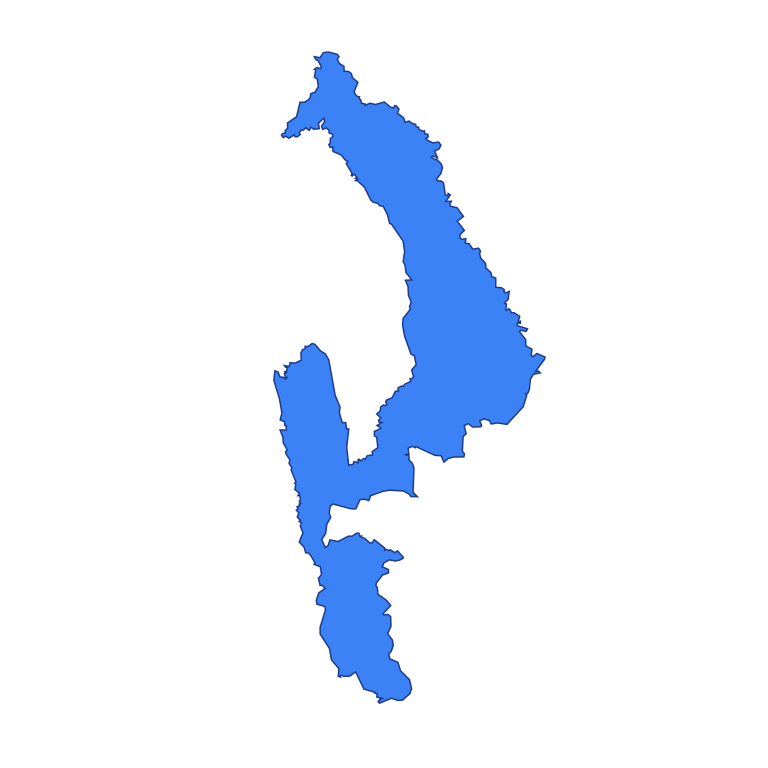 the district of Tlaltetela, Veracruz, Mexico, rotated 102°
{"feature_id": "50627088B55726085156575", "entity_name": "Tlaltetela", "entity_type": "district", "adm_level": 2, "iso_a3": "MEX", "parent_name": "Mexico", "parent_adm1": "Veracruz", "projection": "natural_earth1", "projection_center": [-96.832, 19.284], "detail": "fine", "context": "isolated", "style": "filled", "palette": "blue", "viewbox_px": 768, "rotation_deg": 102, "n_neighbors": 0, "source": "geoboundaries", "source_scale": "gbopen_adm2", "svg_char_len": 6147}
<svg xmlns="http://www.w3.org/2000/svg" viewBox="0 0 768 768"><g transform="rotate(102 384 384)"><path d="M73.1,496.1L71.3,498.1L70.8,507.3L72.4,512.1L78.1,514.4L78.3,520.2L80.8,518.2L81.5,515.5L86.8,511.3L88.7,511.5L88.5,515.7L90.7,517.5L90.8,516.1L98.2,515.9L99.7,512.6L106.7,510.1L112.8,512.1L115.4,516.1L119.6,515.7L122.3,517.6L124.9,520.4L125.9,524.7L140.8,525.1L148.7,532.7L154.0,531.4L156.6,533.4L158.7,532.6L160.3,535.4L162.3,535.9L163.9,533.7L162.0,531.7L163.3,528.1L158.9,523.6L160.6,522.6L160.3,520.3L157.4,517.8L155.7,519.1L152.8,517.6L152.5,515.7L149.7,514.0L151.5,509.9L148.0,508.8L149.4,505.7L147.7,500.4L142.6,502.4L136.4,498.0L139.2,496.6L145.0,498.7L147.7,496.8L145.5,493.9L147.0,490.8L150.0,489.7L150.3,486.3L152.5,485.5L155.3,487.5L160.2,486.6L161.1,487.8L163.8,485.9L162.9,483.4L167.2,482.2L168.9,473.3L172.8,468.8L173.9,465.6L176.2,466.8L184.6,459.0L186.8,459.3L187.2,458.4L185.0,456.7L187.3,453.6L188.8,454.7L189.0,452.1L190.9,454.0L190.7,452.2L195.6,444.0L206.9,435.1L208.3,432.4L208.7,427.6L210.5,425.1L210.3,421.8L217.2,416.1L225.9,411.8L226.0,410.0L240.3,395.0L250.4,391.3L260.3,390.7L263.4,388.2L270.4,385.7L276.4,378.5L278.1,384.6L283.7,380.7L292.3,378.5L298.0,374.5L303.4,375.0L305.3,373.8L315.9,378.9L322.1,378.2L332.7,373.9L349.2,363.8L349.9,360.3L358.5,356.5L364.5,359.9L370.5,356.7L372.9,357.7L373.5,359.6L376.0,358.4L379.9,363.7L382.3,364.5L382.2,366.2L385.0,369.6L387.9,368.4L388.7,371.4L395.7,373.1L399.1,378.1L401.3,378.7L403.3,376.8L404.7,377.8L404.7,380.3L407.3,382.5L411.1,382.1L414.9,384.9L417.8,380.0L420.2,381.6L422.2,381.2L422.2,378.1L426.0,382.2L427.6,378.1L428.4,378.3L432.4,383.6L436.8,382.5L437.5,380.1L447.6,376.8L452.6,381.5L455.8,380.5L457.7,385.6L461.6,386.7L461.1,388.5L464.0,390.5L462.8,392.6L463.9,392.6L463.7,393.6L466.4,393.0L466.1,397.2L469.0,397.6L470.7,401.7L453.3,407.4L435.3,409.1L435.8,411.3L429.7,413.4L430.5,416.8L421.2,421.8L415.8,422.1L405.3,429.4L371.9,443.0L366.6,447.8L365.0,452.7L359.6,459.8L359.3,462.7L363.3,466.2L363.4,468.9L366.0,468.7L367.4,470.8L371.0,471.7L377.9,469.9L382.2,475.5L382.6,480.2L386.5,480.4L386.6,485.3L388.2,483.5L387.8,481.7L392.1,482.2L392.7,484.2L392.9,481.9L394.5,483.6L397.9,481.9L397.7,480.3L399.6,481.3L398.3,484.5L398.9,487.0L394.3,490.2L393.8,493.5L403.4,492.5L420.1,483.2L433.7,477.8L440.7,478.1L441.6,473.4L445.2,472.4L445.5,470.8L449.4,470.1L450.6,476.1L457.0,471.8L462.5,470.3L468.8,464.8L470.6,466.2L472.9,465.2L477.8,460.2L481.4,460.4L485.2,456.6L487.2,457.1L498.1,449.8L499.8,450.8L500.4,449.4L505.8,449.2L508.5,443.9L511.1,445.0L510.6,443.1L514.5,441.7L516.4,442.5L518.4,440.4L519.0,442.0L520.9,441.4L522.0,443.5L523.8,442.3L525.7,443.5L527.8,440.3L532.1,441.2L534.8,437.4L536.2,438.4L537.3,435.7L540.3,436.4L546.4,432.3L556.2,434.1L560.1,428.3L565.4,425.5L565.0,422.8L566.8,420.2L573.3,414.2L574.9,415.0L576.0,408.3L583.3,405.5L587.7,407.8L594.4,404.6L593.7,403.1L596.0,399.0L601.9,404.4L609.9,405.2L613.4,403.8L613.7,397.0L614.3,395.4L617.3,394.3L635.1,395.9L642.0,394.4L654.0,382.4L664.7,378.0L671.9,368.9L679.5,368.0L679.7,365.5L678.4,366.2L677.6,364.7L678.4,362.7L676.9,356.9L671.5,351.9L686.6,340.2L687.4,328.9L688.3,329.0L688.3,326.2L691.6,326.1L692.0,320.4L693.4,322.7L695.7,322.7L695.2,324.2L697.2,322.1L689.9,311.5L690.6,304.4L689.3,300.1L681.3,294.2L676.0,293.8L667.9,297.6L661.1,308.2L653.4,312.5L651.6,321.2L647.2,323.2L643.7,321.3L637.7,320.6L632.7,322.5L627.5,328.5L619.4,326.8L610.0,329.2L608.6,332.5L609.9,335.9L608.9,337.2L599.3,331.4L595.2,336.3L590.9,346.2L584.2,348.3L583.1,350.0L580.3,350.1L571.2,345.8L567.8,340.2L564.6,341.1L563.2,347.7L558.9,346.8L554.9,342.3L554.8,336.2L553.0,332.1L550.5,329.0L549.4,329.2L544.4,336.1L546.6,338.1L544.9,343.7L545.9,344.5L545.3,347.8L546.4,348.9L544.2,349.3L538.3,361.3L541.8,362.4L542.4,364.9L539.2,370.3L538.4,374.6L537.4,374.5L538.1,375.7L535.1,377.6L535.8,380.0L539.5,383.6L540.2,387.2L547.6,396.2L547.7,404.6L553.4,404.9L556.1,407.5L549.1,412.6L542.3,410.0L532.9,410.8L525.6,408.4L521.6,410.8L514.9,411.2L512.0,409.0L512.9,390.3L512.0,385.6L502.0,383.4L500.7,378.7L501.2,374.6L496.0,373.8L488.9,362.3L486.7,356.3L484.6,342.8L486.5,336.5L488.5,334.4L487.3,327.9L483.9,333.1L459.6,337.3L455.6,339.9L453.5,343.3L448.7,344.9L448.8,348.9L447.6,345.1L441.7,347.1L439.1,343.2L439.9,340.2L438.6,339.8L443.2,319.2L442.3,313.2L447.9,309.1L443.6,305.8L440.9,300.6L438.7,290.7L435.7,290.7L433.5,293.4L418.9,295.7L415.7,293.3L408.0,296.9L405.2,293.3L407.7,288.4L405.8,280.8L404.4,279.8L400.4,282.7L397.3,279.3L397.8,273.3L400.8,270.7L398.5,264.9L397.9,255.3L377.2,243.1L364.9,242.0L364.2,243.5L362.7,241.3L359.2,240.7L348.9,241.8L343.5,240.0L340.6,233.4L339.2,235.7L340.3,238.5L326.4,232.1L324.1,232.2L322.4,240.9L326.4,244.0L325.4,245.9L319.2,246.5L317.2,253.2L311.1,254.7L304.6,262.4L303.2,261.8L302.9,255.9L300.2,255.1L299.2,265.9L296.6,266.1L296.2,263.3L294.2,263.6L295.2,265.2L294.2,265.7L289.7,265.3L287.3,271.5L287.9,274.2L284.9,276.4L284.5,277.9L286.6,279.3L285.8,280.4L280.4,280.8L279.7,283.0L275.6,280.2L267.4,280.8L269.5,283.6L268.8,285.9L266.8,285.9L265.4,289.1L266.2,294.8L257.2,296.7L256.5,301.0L252.7,302.7L249.3,308.4L244.8,309.8L240.8,315.6L237.0,317.5L233.9,317.3L232.1,319.0L231.5,320.0L233.7,325.1L229.1,329.9L229.3,333.8L224.8,334.2L226.4,337.9L225.4,340.2L221.8,340.6L217.1,337.3L209.5,346.2L203.6,341.1L196.4,349.2L196.2,355.9L194.5,357.1L191.3,356.1L192.5,361.6L185.2,358.5L184.3,360.9L186.4,360.7L186.4,363.3L174.9,367.6L173.5,370.1L174.1,373.9L172.8,375.3L166.4,372.2L160.4,371.8L157.0,373.6L153.1,379.4L154.1,380.2L152.4,385.0L150.9,383.7L151.5,378.8L145.9,382.9L142.5,378.9L138.5,378.0L136.0,380.9L138.0,386.3L136.4,392.6L135.0,394.1L133.5,392.2L130.6,393.0L130.9,396.1L128.0,397.1L128.7,399.0L127.6,403.1L125.7,403.5L125.6,406.2L123.4,407.0L123.4,410.1L121.6,414.2L123.6,417.9L119.6,420.1L116.2,427.2L112.0,426.5L109.4,429.8L109.7,431.6L112.0,432.1L112.1,434.6L108.1,442.3L112.4,450.5L112.3,456.1L115.4,460.4L114.1,460.6L114.0,464.5L110.8,465.9L109.8,467.9L108.2,467.7L108.1,470.7L104.6,474.0L94.3,472.3L90.9,478.6L87.2,480.4L85.7,483.6L86.4,488.0L81.6,489.2L79.8,494.2L76.4,497.1L73.1,496.1Z" fill="#3b82f6" stroke="#1e3a8a" stroke-width="1.5"/></g></svg>